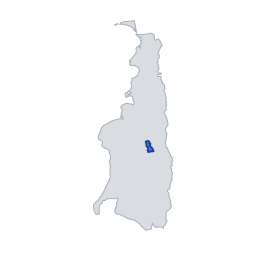 La Capital, San Luis, Argentina (highlighted), rotated 169°
{"feature_id": "61730980B37295099370503", "entity_name": "La Capital", "entity_type": "district", "adm_level": 2, "iso_a3": "ARG", "parent_name": "Argentina", "parent_adm1": "San Luis", "projection": "equal_earth", "projection_center": [-66.75, -33.952], "detail": "fine", "context": "in_parent", "style": "filled", "palette": "blue", "viewbox_px": 256, "rotation_deg": 169, "n_neighbors": 0, "source": "geoboundaries", "source_scale": "gbopen_adm2", "svg_char_len": 5527}
<svg xmlns="http://www.w3.org/2000/svg" viewBox="0 0 256 256"><g transform="rotate(169 128 128)"><path d="M156.0,80.8L154.6,83.5L154.8,85.3L153.5,89.6L153.8,90.4L152.7,92.5L153.0,94.6L152.4,96.7L152.6,99.4L152.1,100.2L151.3,100.4L150.5,104.1L151.2,107.6L150.5,108.2L151.6,110.8L155.2,113.0L157.0,115.3L157.0,116.2L156.0,117.6L155.8,118.8L156.3,120.4L157.2,121.4L158.9,122.0L159.1,124.2L158.7,125.7L155.2,130.7L154.4,132.9L151.3,135.2L143.2,137.8L136.9,138.7L133.3,138.5L131.0,137.5L131.1,140.3L132.3,141.2L131.7,141.2L132.2,141.7L131.8,144.0L131.1,144.5L130.5,146.4L130.5,148.0L131.2,149.4L130.4,150.8L127.7,152.1L124.5,152.4L118.7,150.3L118.9,149.9L118.6,149.8L117.6,150.2L117.2,152.1L117.8,155.0L117.6,157.5L118.0,158.3L120.1,159.3L119.9,160.3L120.6,160.4L122.1,160.1L122.3,159.3L121.5,159.0L123.6,158.4L124.4,159.4L124.4,162.0L124.0,162.7L122.4,163.1L122.0,163.0L121.1,161.2L120.3,160.9L118.0,161.8L117.7,162.4L121.1,163.7L118.6,165.0L116.6,167.4L116.5,171.7L116.1,172.9L114.7,174.0L114.5,174.8L114.9,175.3L114.8,176.1L112.2,175.9L110.3,177.2L108.7,177.6L105.7,182.4L106.1,184.7L109.5,188.1L113.7,189.0L114.2,190.1L114.0,191.4L113.5,192.2L112.0,192.9L113.3,192.9L113.9,193.6L106.3,199.4L105.4,201.1L104.9,204.7L104.4,205.4L102.8,206.1L101.8,205.3L101.0,204.0L101.0,205.1L99.6,205.5L101.3,205.5L102.1,206.4L99.8,207.6L99.1,208.8L98.9,210.4L98.0,211.3L98.7,211.1L99.4,214.2L97.6,214.4L99.8,214.9L102.4,218.4L102.1,218.7L102.1,218.3L95.4,216.8L86.6,216.5L86.6,216.1L84.5,214.2L85.0,212.8L84.6,211.7L85.0,210.6L84.7,209.3L83.9,208.9L81.1,209.7L79.4,206.2L79.4,204.3L78.9,203.1L79.3,201.5L80.8,201.5L81.2,199.8L83.0,198.5L83.0,196.9L84.1,196.0L84.4,195.2L83.3,193.2L84.0,190.9L86.0,189.2L85.7,187.0L86.8,186.0L85.9,183.0L87.0,181.8L86.4,181.1L86.4,179.6L87.5,179.2L88.2,177.5L87.0,176.0L84.9,175.5L84.8,174.7L88.5,174.6L89.0,173.4L88.7,172.7L85.9,172.3L85.9,170.7L86.4,169.6L85.9,168.5L86.1,167.5L85.3,166.0L86.0,165.3L84.1,163.8L84.0,161.3L84.4,160.6L84.1,159.3L85.8,158.0L85.0,155.5L85.0,150.8L84.7,149.5L85.8,147.6L85.2,146.3L85.9,145.3L85.6,142.8L86.5,142.6L87.0,138.4L89.2,137.1L89.6,136.3L88.0,130.9L88.1,128.8L87.8,127.9L88.2,126.7L87.8,124.9L88.4,122.8L89.9,122.0L90.0,121.3L91.6,119.8L91.5,116.3L90.7,114.5L91.5,113.8L92.0,111.1L93.1,108.3L94.1,107.8L93.9,104.5L94.2,101.5L92.9,101.0L93.2,98.9L92.7,98.4L92.4,96.1L91.5,94.1L91.4,93.3L91.9,92.7L90.9,91.9L90.2,90.1L90.4,88.4L90.5,87.2L91.6,86.4L91.4,85.6L92.2,82.1L93.3,81.9L93.9,80.7L93.3,80.0L93.4,77.9L92.9,74.9L93.9,73.4L94.7,68.7L97.1,65.3L98.8,60.1L100.1,60.0L101.5,58.8L100.1,55.3L101.0,53.2L100.0,48.5L100.3,46.8L101.1,45.8L100.2,44.0L100.4,42.6L101.8,40.9L106.4,38.4L108.2,31.2L107.3,30.0L109.8,25.7L111.6,25.0L112.4,22.8L114.7,24.9L118.8,25.0L120.8,25.8L122.3,30.0L124.4,24.4L130.1,24.2L131.2,26.2L133.3,28.5L134.8,31.6L139.4,36.5L145.3,38.9L148.9,42.1L153.1,44.9L155.2,45.5L156.8,47.4L157.1,48.9L156.1,50.0L155.4,52.1L154.2,53.3L153.7,54.7L153.7,56.4L151.4,59.9L151.5,61.2L153.7,60.9L159.1,62.2L161.7,62.2L162.6,62.8L164.0,61.2L166.3,61.8L167.9,59.1L169.4,58.5L171.1,56.6L171.9,54.2L172.4,49.2L173.3,49.5L174.8,48.8L176.1,49.8L177.1,54.1L176.7,58.2L176.0,59.8L174.3,60.7L173.4,61.9L170.8,62.8L169.3,64.9L166.1,67.3L166.2,68.5L165.2,68.4L159.5,76.7L156.0,80.8ZM101.4,232.3L101.3,220.3L103.1,222.7L102.2,222.5L102.0,223.7L103.4,223.9L104.1,225.3L107.2,227.9L111.8,230.5L116.3,231.3L115.1,232.6L110.6,233.2L108.0,232.5L101.4,232.3ZM118.1,232.1L119.5,231.6L122.2,231.6L118.7,232.5L118.1,232.1ZM133.0,139.7L133.0,140.2L132.1,139.3L133.0,139.7Z" fill="#d9dde1" stroke="#a8b0b8" stroke-width="1"/><path d="M109.3,108.3L109.3,108.5L109.4,108.8L109.5,108.8L109.4,108.9L109.5,109.0L109.4,109.0L109.5,109.1L109.5,109.3L109.5,109.5L109.6,109.8L109.5,110.0L109.7,110.3L109.8,110.4L109.8,110.5L109.9,110.8L110.0,110.9L110.0,111.0L110.2,111.3L110.3,111.3L110.7,111.6L111.1,111.7L112.7,111.4L112.8,111.4L113.3,111.4L113.4,111.0L113.3,110.4L113.3,110.1L113.3,109.9L113.3,109.6L113.3,109.1L113.2,109.1L113.3,109.0L113.3,108.9L113.3,108.6L113.3,108.2L113.3,106.6L113.1,106.6L113.1,106.3L112.6,106.3L112.6,106.0L112.7,105.4L112.6,105.2L112.6,105.3L112.5,105.2L112.4,105.2L112.2,105.2L112.5,104.0L112.4,104.0L112.5,103.7L112.5,103.4L112.5,103.1L112.5,102.6L112.7,102.2L112.8,102.2L112.7,102.1L112.7,101.9L112.8,101.5L112.8,101.4L112.8,101.1L112.6,101.2L112.4,101.2L112.2,100.8L112.2,100.6L112.3,100.5L112.2,100.5L111.9,100.5L111.9,100.4L111.9,100.5L111.7,100.5L111.5,100.3L110.8,100.3L110.7,100.4L110.8,100.5L110.7,100.5L110.8,100.5L110.5,100.7L110.5,100.8L110.4,100.9L110.4,101.0L110.0,100.8L109.9,100.6L109.3,100.4L109.3,100.7L109.3,100.8L108.7,100.7L108.5,100.3L108.3,100.3L108.3,100.2L108.2,100.2L107.4,100.2L107.4,100.3L107.4,100.5L107.5,100.6L107.5,100.8L107.4,100.8L107.4,101.0L107.4,101.3L107.5,101.4L107.5,101.5L107.4,101.5L107.5,101.7L107.5,101.8L107.5,102.1L107.6,102.3L107.6,102.5L107.7,102.8L107.8,102.9L107.7,102.9L107.8,102.9L107.8,103.0L107.9,103.3L107.9,103.2L107.9,103.3L108.0,103.3L108.0,103.5L108.2,103.8L108.3,103.8L108.3,104.0L108.5,104.2L108.5,104.3L108.5,104.5L108.9,104.7L108.9,104.8L108.9,105.0L109.0,105.1L109.1,105.3L109.3,105.4L109.4,105.5L109.5,105.5L109.7,105.8L109.7,105.7L109.7,105.8L109.8,105.9L110.0,105.9L109.9,105.9L109.9,106.0L110.0,106.0L110.0,106.3L109.9,106.3L109.8,106.5L109.7,106.7L109.8,106.7L109.7,106.8L109.8,106.8L109.8,107.0L109.7,107.0L109.7,107.3L109.8,107.3L109.7,107.3L109.7,107.5L109.7,107.8L109.6,107.7L109.6,107.8L109.4,107.8L109.4,108.0L109.4,108.3L109.3,108.3Z" fill="#3b82f6" stroke="#1e3a8a" stroke-width="1.5"/></g></svg>